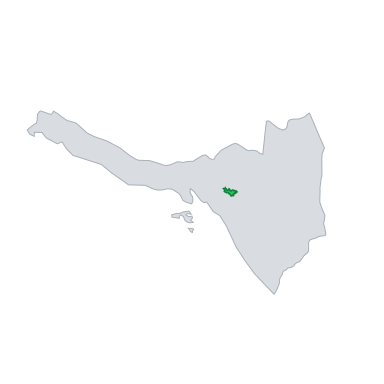 Serejeka, Maekel, Eritrea shown in context, rotated 163°
{"feature_id": "51966322B5616132358630", "entity_name": "Serejeka", "entity_type": "district", "adm_level": 2, "iso_a3": "ERI", "parent_name": "Eritrea", "parent_adm1": "Maekel", "projection": "mercator", "projection_center": [38.887, 15.455], "detail": "fine", "context": "in_parent", "style": "filled", "palette": "green", "viewbox_px": 384, "rotation_deg": 163, "n_neighbors": 0, "source": "geoboundaries", "source_scale": "gbopen_adm2", "svg_char_len": 4910}
<svg xmlns="http://www.w3.org/2000/svg" viewBox="0 0 384 384"><g transform="rotate(163 192 192)"><path d="M56.6,233.1L55.2,220.7L54.4,212.4L53.4,203.6L52.5,195.3L56.5,190.2L58.3,185.4L63.0,169.6L64.9,166.5L68.6,158.0L69.2,155.6L72.8,144.9L72.5,137.8L71.7,130.6L73.7,126.4L75.5,123.0L75.4,120.1L76.2,113.4L76.8,111.7L79.0,111.6L83.5,112.5L86.8,111.8L90.6,111.8L93.6,111.6L95.3,109.5L97.7,101.7L99.2,100.1L100.4,99.7L103.8,98.2L106.7,95.9L109.0,94.3L109.9,94.0L112.4,93.8L114.9,92.8L116.0,91.7L119.2,90.8L122.2,91.3L124.3,90.3L125.7,89.7L127.3,89.7L128.7,88.7L129.3,87.4L130.2,86.5L132.6,84.4L133.7,82.9L134.2,81.5L134.7,80.3L135.7,78.3L139.9,73.3L143.5,70.3L156.1,95.6L161.3,110.6L165.8,126.1L169.1,149.4L172.3,161.2L177.4,167.0L180.9,178.1L184.0,178.5L186.1,181.5L189.9,191.8L192.6,195.7L194.0,192.4L193.8,190.5L192.8,187.3L193.7,183.2L195.8,180.7L200.6,184.1L203.2,186.6L203.9,191.7L205.0,194.5L210.0,200.4L214.2,202.2L219.7,202.6L224.3,203.9L228.0,206.1L234.9,212.1L250.6,217.4L263.2,233.6L270.7,244.9L295.1,261.8L299.4,270.0L301.6,277.9L306.7,277.5L315.5,286.2L318.1,292.8L325.3,295.2L326.6,291.3L330.1,294.5L331.5,299.5L326.9,301.5L321.8,303.2L321.0,303.1L319.3,305.4L316.9,311.7L314.3,313.5L312.9,313.7L304.9,307.8L303.7,307.5L302.0,308.6L300.7,309.8L297.0,305.4L294.3,301.5L290.5,296.8L286.9,294.7L282.9,292.0L279.1,285.9L275.1,279.1L269.3,273.6L258.4,265.6L248.3,255.5L240.7,244.9L235.7,239.3L233.6,237.9L223.4,234.4L216.2,229.6L210.8,225.6L207.4,224.5L204.1,224.4L197.1,225.2L191.4,222.7L188.9,222.7L185.0,221.9L182.0,221.0L178.4,222.1L171.1,223.9L168.1,223.5L166.4,221.0L165.5,219.1L162.9,217.1L160.8,217.1L159.6,218.9L152.0,223.4L139.2,225.9L136.1,225.7L133.8,223.9L127.4,216.2L125.5,214.9L124.0,214.8L121.0,213.9L118.2,212.4L115.8,209.2L113.3,207.4L110.6,213.6L106.0,224.5L103.5,230.3L100.2,237.7L99.2,237.9L97.6,237.4L91.2,228.1L87.1,224.6L84.1,224.9L81.9,226.7L80.6,229.8L79.1,231.7L77.4,232.4L73.9,232.1L68.6,230.6L63.0,230.9L57.3,233.0L56.6,233.1ZM207.4,171.0L209.1,173.3L210.3,173.0L211.3,172.3L211.9,170.6L218.5,173.8L218.2,176.0L214.2,176.1L209.7,175.2L205.5,175.5L200.5,174.6L199.3,171.0L202.5,172.7L204.2,172.3L204.5,171.8L202.2,169.3L199.0,168.9L199.2,166.9L200.7,166.2L201.5,165.2L199.7,162.6L203.3,163.2L205.6,164.8L207.0,166.7L207.4,171.0ZM204.7,154.2L206.1,158.4L202.0,156.8L201.4,155.9L203.1,154.3L203.5,153.2L204.7,154.2Z" fill="#d9dde1" stroke="#a8b0b8" stroke-width="1"/><path d="M149.0,178.8L148.8,178.9L148.8,179.0L149.0,179.3L149.2,179.5L149.3,179.7L149.3,179.8L149.3,180.0L149.5,180.0L149.8,180.0L149.9,179.9L150.0,179.9L150.0,180.0L150.3,180.2L150.3,180.3L150.5,180.3L150.5,180.5L150.7,180.8L150.8,180.9L151.0,181.0L151.3,181.0L151.3,181.3L151.5,181.4L151.8,181.4L151.9,181.5L152.0,181.8L152.2,182.0L152.3,182.2L152.3,182.3L152.4,182.1L152.5,182.1L152.8,182.2L153.0,182.1L153.1,181.9L153.4,181.8L153.5,181.7L153.8,181.7L154.0,181.5L154.3,181.5L154.5,181.5L154.7,181.8L154.7,182.0L154.8,182.0L155.0,182.1L155.1,182.3L155.3,182.3L155.5,182.5L155.4,182.8L155.4,183.0L155.2,183.3L155.2,183.5L155.3,183.6L155.4,183.9L155.4,184.0L155.5,184.1L155.7,184.3L155.8,184.3L156.2,183.9L156.3,183.8L156.4,183.7L156.5,183.6L156.7,183.4L156.8,183.2L157.1,183.1L157.3,183.1L157.5,183.0L157.8,183.2L158.0,183.3L158.1,183.7L158.2,183.9L158.2,184.0L158.2,184.7L158.2,184.8L158.3,184.9L158.3,185.0L158.4,185.3L158.5,185.4L158.7,185.5L158.8,185.6L158.9,185.8L159.0,185.9L159.0,186.0L159.1,185.9L159.1,185.7L159.3,185.6L159.5,185.7L159.5,185.8L159.5,186.0L159.8,186.0L160.0,186.1L160.3,186.0L160.6,186.2L160.6,186.3L160.6,186.5L160.6,186.4L160.8,186.3L161.0,186.2L160.9,186.1L160.9,185.9L160.7,185.8L160.8,185.6L160.7,185.4L160.4,185.4L160.3,185.5L160.2,185.4L160.2,185.2L160.3,185.1L160.5,185.0L160.5,184.9L160.3,184.8L160.2,184.8L160.1,184.7L160.3,184.3L160.3,184.1L160.3,183.9L160.2,183.9L160.3,183.6L160.4,183.3L160.5,183.2L160.7,182.9L160.8,182.9L160.7,182.7L160.4,182.3L160.0,182.2L159.9,182.1L159.7,181.9L159.6,181.7L159.4,181.3L159.3,181.2L159.2,181.2L159.1,181.3L158.7,181.4L158.4,181.3L158.2,181.1L157.9,180.8L157.9,180.7L157.7,180.6L157.4,180.5L157.2,180.4L157.0,180.1L157.2,179.9L157.3,179.8L157.3,179.7L157.2,179.7L156.9,179.7L156.7,179.3L156.6,179.1L156.4,178.8L156.4,178.7L156.3,178.3L156.2,178.3L156.2,178.2L156.1,177.9L156.0,177.6L156.0,177.4L155.9,177.3L156.0,177.2L155.9,176.9L155.7,176.9L155.4,176.7L155.2,176.5L154.9,176.6L154.7,176.9L154.5,177.0L154.4,177.1L154.2,177.1L153.8,177.0L153.7,176.8L153.6,176.7L153.5,176.4L153.4,176.3L153.2,176.4L153.1,176.5L153.0,176.8L153.0,177.0L153.0,177.3L153.0,177.5L153.0,177.8L152.9,177.8L152.8,178.0L152.7,178.1L152.2,178.0L151.9,178.0L151.6,178.1L151.3,178.2L151.2,178.2L151.2,178.3L151.1,178.2L151.0,178.4L150.9,178.4L150.7,178.3L150.7,178.5L150.4,178.6L150.3,178.8L150.3,179.0L150.2,179.0L149.8,179.1L149.7,179.0L149.6,178.9L149.4,179.0L149.3,178.9L149.2,178.8L149.0,178.8Z" fill="#22c55e" stroke="#15803d" stroke-width="1.5"/></g></svg>